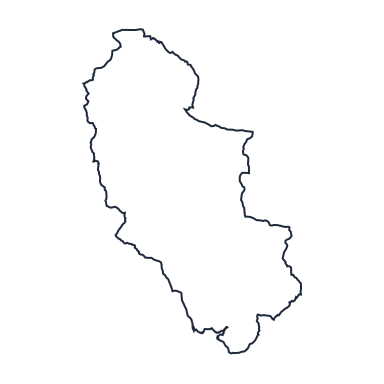 the district of Oituz, Bacau, Romania, rotated 277°
{"feature_id": "2599482B92428944714354", "entity_name": "Oituz", "entity_type": "district", "adm_level": 2, "iso_a3": "ROU", "parent_name": "Romania", "parent_adm1": "Bacau", "projection": "mercator", "projection_center": [26.528, 46.157], "detail": "fine", "context": "isolated", "style": "outline", "palette": "slate", "viewbox_px": 384, "rotation_deg": 277, "n_neighbors": 0, "source": "geoboundaries", "source_scale": "gbopen_adm2", "svg_char_len": 5940}
<svg xmlns="http://www.w3.org/2000/svg" viewBox="0 0 384 384"><g transform="rotate(277 192 192)"><path d="M99.7,308.8L103.4,310.7L103.5,312.7L106.5,311.8L108.8,312.1L114.6,311.2L115.6,309.8L116.6,309.1L118.0,307.2L118.7,306.9L119.6,305.6L119.9,304.3L122.1,302.6L121.8,300.9L124.4,300.2L129.0,299.6L129.7,298.8L130.2,297.7L129.8,295.4L131.1,295.0L132.5,293.4L133.9,293.5L136.6,290.5L137.3,290.1L143.3,290.7L147.3,292.5L150.0,293.2L151.3,292.7L153.1,290.8L154.7,290.7L156.0,291.6L157.6,294.4L160.4,296.2L164.8,294.7L166.1,293.1L168.9,293.1L169.3,291.5L168.6,289.1L168.9,287.8L168.8,285.6L169.3,284.9L169.2,283.5L169.6,280.9L169.2,277.3L168.5,275.3L168.4,273.8L168.9,273.1L171.2,271.9L172.2,270.6L172.6,269.4L172.7,267.9L171.9,266.3L172.2,263.0L171.9,259.7L173.5,256.2L174.3,253.0L174.3,250.5L174.0,247.9L174.7,247.6L177.3,246.8L182.4,245.8L184.4,244.4L188.1,243.2L190.0,241.7L196.2,241.7L197.2,242.0L199.0,243.2L200.9,243.8L202.0,243.7L203.2,243.0L203.7,241.4L205.1,240.8L208.6,238.1L212.6,237.6L214.5,237.9L217.2,239.5L217.7,244.8L217.6,246.3L223.9,245.4L225.0,245.1L225.4,244.5L226.4,244.2L232.5,243.8L233.6,243.1L235.1,241.4L235.6,238.5L238.6,237.5L241.3,238.2L242.8,237.4L245.8,238.2L248.7,239.8L250.9,240.2L251.6,241.3L252.1,242.5L254.3,244.8L257.5,245.1L259.1,244.8L259.0,237.4L259.5,234.2L258.5,229.9L258.4,227.3L258.8,225.1L258.3,219.4L259.3,216.4L259.1,214.4L259.5,212.3L260.3,211.3L260.7,209.2L261.5,207.2L260.2,205.7L259.6,203.0L261.2,200.0L261.7,198.3L262.5,196.6L263.2,189.9L264.2,188.0L264.9,185.4L265.8,184.6L267.2,181.4L267.7,180.8L267.8,180.0L269.2,178.9L269.9,177.7L273.2,175.0L272.8,177.1L273.7,178.9L275.6,179.0L275.9,180.8L275.9,182.8L278.6,181.7L283.9,182.4L285.3,181.9L289.2,183.4L290.8,183.2L294.4,183.6L295.5,184.5L297.0,184.7L297.8,184.4L300.2,185.0L301.9,184.7L303.9,184.8L307.3,184.0L309.5,181.2L310.6,180.3L312.9,179.1L316.0,176.6L316.3,176.0L317.8,175.2L318.0,174.8L317.9,173.6L318.2,172.2L320.6,171.5L320.8,170.9L320.5,169.4L321.2,169.0L321.8,167.8L322.4,164.8L325.8,161.0L326.2,159.1L327.3,157.2L327.9,156.3L328.7,155.7L327.4,153.9L327.6,152.5L328.2,151.4L330.6,148.4L336.4,144.0L336.8,142.6L336.2,141.8L336.8,141.5L336.2,141.0L336.7,140.6L337.0,141.0L336.9,139.5L337.7,139.5L338.1,138.0L339.5,136.5L339.4,135.8L340.1,135.0L340.1,134.5L339.5,134.0L338.5,132.6L341.6,131.5L340.5,125.5L341.5,125.3L343.0,125.7L347.2,123.4L347.1,122.3L347.4,121.2L345.9,116.3L344.4,103.0L339.9,94.3L336.3,95.0L332.9,99.5L332.3,101.0L330.4,102.6L327.6,103.6L327.0,102.5L325.7,101.7L324.0,99.9L322.5,95.8L318.0,96.0L313.9,95.3L312.0,93.7L311.3,92.6L306.2,89.6L304.2,86.8L303.2,82.4L302.5,81.1L301.4,80.4L298.5,80.5L296.8,79.7L295.9,80.5L293.9,79.6L291.2,79.9L290.9,79.6L290.4,76.9L288.3,74.6L288.4,74.4L288.0,74.3L287.8,73.5L286.5,71.3L286.3,71.8L284.2,72.2L280.8,74.8L279.8,74.7L277.1,77.4L274.2,75.5L272.3,75.3L271.5,75.6L269.4,78.1L266.5,77.3L265.3,76.0L264.6,74.7L264.0,74.4L262.4,75.1L259.7,77.0L257.6,78.0L255.5,78.1L252.9,79.4L250.1,79.5L249.0,80.3L247.8,82.5L248.3,84.0L248.3,85.2L245.9,86.5L245.4,87.2L243.5,88.0L243.0,89.1L238.6,89.3L236.7,88.9L234.8,88.3L232.0,86.0L230.3,85.9L229.1,85.4L228.2,85.7L227.9,85.6L227.5,86.0L226.6,86.2L223.8,86.0L219.5,88.4L218.2,90.1L216.4,90.2L214.2,90.9L212.9,90.7L212.1,91.2L211.5,90.6L210.2,90.4L210.2,90.7L210.8,91.9L211.1,93.1L210.9,94.7L210.7,95.1L209.5,95.3L208.9,96.0L208.1,95.6L207.8,95.9L202.5,95.9L201.0,97.0L198.4,97.7L195.5,99.1L190.9,99.4L188.0,101.1L185.9,104.9L184.0,105.0L183.1,105.5L183.1,106.0L182.6,106.4L181.4,106.9L176.7,107.8L174.5,107.7L172.8,107.1L171.9,107.7L167.8,109.0L166.5,113.2L168.0,117.9L167.0,119.7L166.7,120.6L164.8,122.5L162.7,125.6L162.6,126.1L163.2,127.9L160.7,127.8L158.9,128.2L157.6,129.3L156.9,128.9L155.4,129.1L154.9,129.5L152.7,128.5L152.3,127.8L150.4,126.5L149.7,126.5L149.0,125.9L146.6,124.8L146.1,124.1L141.7,122.6L140.3,121.5L139.2,121.6L137.2,124.1L136.5,125.6L136.5,126.2L135.3,127.6L134.6,129.4L132.9,131.0L132.8,132.4L133.6,133.5L133.6,134.4L133.1,135.1L133.0,137.6L132.8,138.8L132.5,138.9L132.2,141.3L131.8,142.0L129.8,141.9L128.5,144.2L127.8,144.4L127.0,145.2L126.8,146.1L125.9,146.8L124.9,146.7L124.1,147.6L123.7,148.9L123.6,150.7L123.1,151.7L121.2,153.5L121.4,155.5L121.2,156.3L121.7,159.9L120.5,161.8L119.7,164.9L119.3,168.0L118.3,169.8L115.7,170.8L113.1,171.1L109.8,172.7L107.6,173.2L107.1,173.7L106.3,175.3L104.2,176.8L102.6,179.0L94.2,183.5L91.2,184.7L91.8,186.4L92.1,188.4L91.4,191.0L91.2,192.3L90.4,193.8L83.3,195.2L78.7,198.2L77.5,198.7L75.3,200.4L68.7,202.8L66.4,206.0L65.6,206.8L61.6,208.5L57.1,209.2L54.9,210.5L57.1,210.6L55.1,211.8L55.1,212.1L55.9,212.9L54.0,215.2L53.1,218.2L53.5,218.7L53.1,219.3L53.5,219.8L54.2,219.7L54.4,220.5L57.5,221.3L57.8,225.0L58.2,226.1L58.1,227.0L58.5,227.1L59.2,228.3L56.9,230.7L56.2,232.1L55.7,232.4L55.7,233.2L55.4,233.6L55.5,234.0L55.3,234.1L55.3,234.6L56.1,235.7L56.0,236.1L57.9,238.2L57.8,238.9L58.1,239.8L59.2,240.8L59.9,240.9L60.3,241.5L62.0,242.3L62.3,243.0L62.2,243.4L62.0,243.6L60.7,242.0L58.2,240.9L56.5,240.4L55.7,240.6L55.3,240.0L53.8,239.9L54.1,238.0L53.9,237.3L51.9,235.2L51.8,234.8L50.8,234.8L50.6,234.9L50.9,235.6L50.6,235.9L50.3,236.0L49.5,235.3L49.4,235.8L48.7,236.2L48.4,237.4L48.0,237.7L47.9,238.8L46.9,241.5L43.2,244.3L42.7,244.9L42.2,246.2L40.2,247.4L37.8,248.0L36.7,249.8L36.6,250.4L37.4,252.4L37.2,253.4L38.2,258.4L39.5,260.8L39.9,262.8L40.4,263.6L41.1,264.6L42.3,265.2L42.4,265.7L43.9,266.6L47.9,267.8L48.9,269.4L48.9,269.9L50.1,271.1L52.7,272.9L58.3,274.9L58.5,275.3L59.1,274.6L60.3,274.6L62.9,275.8L64.2,275.1L66.1,275.3L67.8,274.4L69.5,274.3L71.4,272.4L72.2,272.0L74.3,272.6L76.0,271.9L78.1,272.0L78.3,272.5L78.4,273.7L77.7,275.0L77.8,275.5L78.5,278.0L78.5,284.3L78.1,285.3L75.6,287.6L75.2,288.8L76.6,289.1L78.8,290.4L79.4,291.4L80.3,291.8L80.6,292.3L80.2,293.2L84.0,295.3L88.1,299.3L88.4,300.2L91.0,302.5L92.7,302.8L94.3,302.1L94.8,303.0L94.6,303.3L96.2,304.5L95.7,305.8L97.2,307.4L100.3,308.0L99.7,308.8Z" fill="none" stroke="#1e293b" stroke-width="2"/></g></svg>